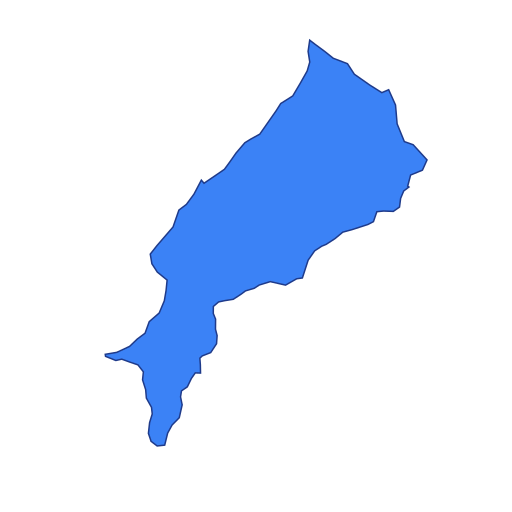 outline of Limnatis, Limassol, Cyprus, rotated 35°
{"feature_id": "46923920B10034755231280", "entity_name": "Limnatis", "entity_type": "district", "adm_level": 2, "iso_a3": "CYP", "parent_name": "Cyprus", "parent_adm1": "Limassol", "projection": "robinson", "projection_center": [32.947, 34.792], "detail": "fine", "context": "isolated", "style": "filled", "palette": "blue", "viewbox_px": 512, "rotation_deg": 35, "n_neighbors": 0, "source": "geoboundaries", "source_scale": "gbopen_adm2", "svg_char_len": 1566}
<svg xmlns="http://www.w3.org/2000/svg" viewBox="0 0 512 512"><g transform="rotate(35 256 256)"><path d="M176.2,48.4L181.3,58.5L188.8,66.3L191.8,75.1L193.2,89.4L194.3,103.8L188.8,116.9L189.2,125.6L189.2,141.2L189.2,154.0L184.8,162.9L181.9,169.6L180.6,182.9L180.6,193.8L180.4,203.1L176.9,212.5L171.7,226.2L167.7,225.2L169.7,240.9L169.4,253.6L166.5,262.6L171.4,279.8L168.9,304.5L168.3,315.1L175.2,322.1L184.4,325.8L197.0,326.7L202.2,336.0L206.6,345.3L209.4,358.2L206.2,371.0L209.4,382.9L206.4,392.0L204.3,402.5L197.2,414.8L188.9,423.0L190.3,424.5L201.1,422.0L205.2,417.5L213.8,415.2L221.7,412.9L230.2,415.5L234.1,422.5L242.3,428.8L247.7,435.3L257.2,439.9L261.6,444.9L264.4,453.5L269.6,463.0L276.1,467.8L276.3,468.0L284.0,468.3L289.7,463.3L285.2,451.7L284.2,442.6L285.9,432.5L280.9,420.3L275.0,414.7L272.3,409.2L274.5,403.4L274.8,402.6L273.3,393.3L273.3,386.6L277.7,383.7L272.8,377.0L268.6,371.9L269.3,368.6L274.3,361.1L274.0,350.5L269.8,343.5L264.8,339.2L259.1,330.9L254.0,327.6L250.0,321.8L251.7,315.1L255.9,310.6L262.2,304.5L265.8,295.5L267.4,290.6L273.1,283.4L275.3,277.9L282.4,268.8L296.9,262.9L302.4,251.3L306.6,247.4L301.1,229.5L301.1,218.1L304.2,210.3L306.8,206.2L310.8,196.3L313.4,186.7L319.4,179.5L329.6,166.0L332.5,160.5L329.6,150.4L334.7,146.0L342.9,140.7L345.5,133.6L341.4,125.8L339.7,118.0L341.7,111.8L340.2,111.8L336.2,101.0L343.1,90.2L341.0,79.2L320.9,74.7L311.9,77.2L295.8,66.8L283.7,52.3L269.3,43.7L265.4,50.0L251.4,50.7L232.3,50.7L220.6,46.0L205.9,49.7L194.9,49.0L182.8,48.7L176.2,48.4Z" fill="#3b82f6" stroke="#1e3a8a" stroke-width="1.5"/></g></svg>